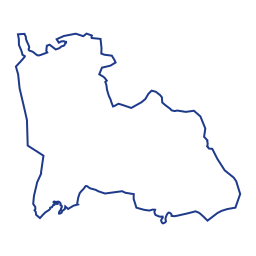 Kiri Kasama, Jigawa, Nigeria, rotated 89°
{"feature_id": "59680162B41078826165134", "entity_name": "Kiri Kasama", "entity_type": "district", "adm_level": 2, "iso_a3": "NGA", "parent_name": "Nigeria", "parent_adm1": "Jigawa", "projection": "albers", "projection_center": [10.22, 12.6], "detail": "fine", "context": "isolated", "style": "outline", "palette": "blue", "viewbox_px": 256, "rotation_deg": 89, "n_neighbors": 0, "source": "geoboundaries", "source_scale": "gbopen_adm2", "svg_char_len": 3790}
<svg xmlns="http://www.w3.org/2000/svg" viewBox="0 0 256 256"><g transform="rotate(89 128 128)"><path d="M112.9,69.9L112.3,73.3L111.4,78.5L111.9,81.1L111.1,84.1L109.5,85.5L105.7,90.4L103.1,93.3L97.9,93.6L95.7,95.3L92.2,99.6L91.1,103.8L94.2,107.0L99.4,110.2L102.5,114.1L108.0,124.4L104.7,133.6L103.6,137.1L104.9,139.6L105.6,140.9L106.2,142.6L104.0,143.4L101.9,144.2L99.6,144.8L95.5,146.6L89.5,148.3L84.4,148.9L81.5,149.9L80.3,148.4L77.4,150.5L76.0,152.2L73.8,155.8L67.2,153.0L65.4,144.6L62.3,139.3L59.9,140.3L55.4,142.9L54.3,150.4L53.1,153.4L47.7,153.1L38.5,153.9L38.1,156.7L37.4,162.7L37.1,162.9L36.2,162.9L34.9,162.5L32.9,167.8L35.4,171.1L32.8,178.6L34.9,190.6L38.0,197.8L41.5,195.7L40.2,193.1L40.1,190.5L40.6,189.7L40.8,188.9L40.8,188.4L41.5,188.4L41.8,188.6L42.1,188.8L42.3,189.0L42.4,189.3L42.6,189.3L42.9,189.6L43.5,189.9L44.1,190.2L44.6,190.7L44.8,191.3L44.9,192.1L45.1,192.7L45.3,193.1L45.5,193.4L47.0,195.3L48.2,198.9L46.0,201.6L44.0,204.1L43.4,204.9L43.6,205.7L43.8,206.1L44.3,207.7L45.4,207.8L46.9,208.1L48.0,208.1L49.3,208.4L51.1,207.4L51.4,208.2L53.3,213.7L53.6,214.7L53.8,215.4L53.9,216.3L53.7,217.3L53.0,218.4L52.4,219.1L51.7,220.0L50.5,221.4L49.9,222.4L49.6,223.2L49.4,223.6L49.2,224.2L49.1,224.7L48.7,225.5L48.3,225.8L48.0,226.0L47.1,225.9L46.7,225.7L46.3,225.5L45.8,225.4L45.4,225.4L45.0,225.4L44.5,225.6L43.8,225.9L43.0,226.1L42.4,226.4L41.7,226.7L40.6,227.2L39.9,227.5L39.5,227.8L39.2,227.8L38.8,227.8L38.5,228.0L37.5,228.4L36.9,228.5L36.3,228.5L35.9,228.5L35.3,228.6L34.9,228.6L33.5,229.2L33.1,229.5L32.4,229.9L32.1,229.9L32.4,236.4L37.3,235.6L43.0,235.6L48.8,233.3L51.2,232.6L52.9,232.3L54.4,229.9L55.2,230.2L56.2,231.1L56.9,231.8L57.7,232.3L58.5,233.3L58.8,233.4L64.6,239.0L72.5,236.9L86.4,235.7L108.6,230.9L118.3,228.9L134.6,228.7L143.8,228.6L154.2,213.0L171.4,215.8L172.0,215.6L180.7,219.8L182.8,220.3L183.7,220.5L192.6,222.8L194.3,223.2L199.3,223.8L202.3,224.1L205.3,222.1L207.4,222.0L208.6,222.9L210.0,221.8L213.3,221.3L215.9,218.3L216.5,217.6L212.9,214.2L210.9,212.1L209.8,210.3L208.7,208.6L208.5,208.2L207.4,207.3L206.3,207.2L205.9,205.5L203.7,204.1L203.6,203.0L202.8,202.4L202.1,202.7L201.4,203.6L200.8,203.8L200.2,203.1L200.4,202.4L201.1,202.4L201.4,202.0L201.9,201.7L202.3,201.2L202.8,200.4L202.6,199.5L202.2,199.4L201.7,199.6L201.3,200.0L200.6,200.5L200.4,199.5L200.5,198.5L201.0,197.7L201.7,197.1L202.3,196.7L203.0,196.9L203.7,197.0L204.2,196.7L204.2,196.0L204.8,195.6L205.8,195.5L206.6,195.9L207.3,196.4L208.2,196.4L208.9,196.9L209.8,197.7L210.6,198.2L211.5,198.5L212.4,198.4L212.3,197.4L211.7,196.0L210.9,195.7L209.9,195.3L207.8,192.5L205.3,192.1L207.9,189.3L207.0,187.8L204.7,183.8L203.6,179.4L203.2,179.8L202.4,180.1L196.4,178.9L192.3,177.4L190.5,175.9L188.0,173.4L187.0,172.6L185.8,171.8L185.3,171.3L185.3,170.6L185.6,169.7L186.3,168.9L187.1,167.8L187.8,166.5L189.3,161.3L190.6,159.1L192.2,154.7L193.1,152.1L191.1,135.0L192.7,131.8L194.2,123.4L199.0,123.6L203.0,122.4L207.8,121.0L209.7,114.7L210.3,112.3L210.9,108.1L210.0,104.7L210.2,102.4L211.8,102.9L212.9,103.0L214.2,102.6L215.4,102.0L216.1,100.5L216.9,98.7L217.2,97.4L217.2,95.8L217.2,94.9L218.0,94.8L219.5,95.8L220.7,96.5L221.7,96.4L222.7,95.9L223.8,95.2L223.9,94.1L222.9,92.3L222.0,91.7L220.7,91.9L219.5,92.2L217.6,91.6L215.8,90.9L214.3,90.0L213.3,88.9L213.5,87.7L214.3,86.7L215.2,86.0L216.7,85.9L217.0,83.1L216.8,82.1L216.7,81.0L214.4,69.9L212.5,61.9L213.9,58.7L215.1,57.1L218.3,53.7L222.0,50.1L214.6,40.1L212.5,35.9L210.8,30.2L209.5,22.0L196.0,17.0L183.2,20.7L179.4,23.2L172.1,32.0L160.6,39.1L155.7,41.5L150.3,44.1L150.0,47.3L149.5,47.7L148.8,48.4L148.3,48.5L148.0,48.5L147.8,49.0L147.7,49.2L146.5,48.8L144.8,48.6L144.1,48.7L143.4,48.8L143.0,49.0L142.5,49.1L142.2,49.0L141.8,48.8L138.1,52.1L129.9,50.7L117.7,55.4L111.9,61.8L112.9,69.9Z" fill="none" stroke="#1e3a8a" stroke-width="2"/></g></svg>